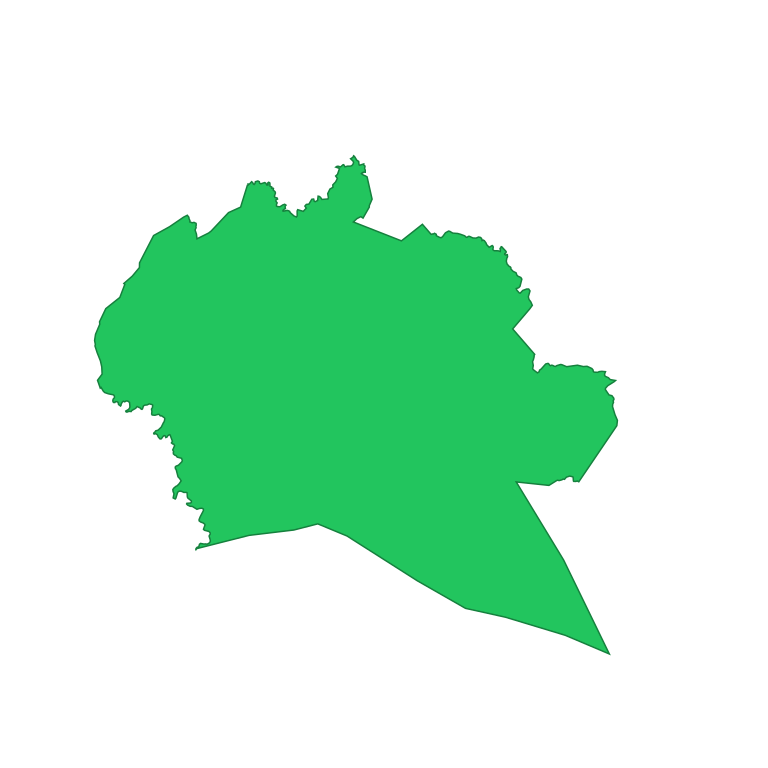 outline of San Agustín Loxicha, Oaxaca, Mexico, rotated 286°
{"feature_id": "50627088B42356664126835", "entity_name": "San Agustín Loxicha", "entity_type": "district", "adm_level": 2, "iso_a3": "MEX", "parent_name": "Mexico", "parent_adm1": "Oaxaca", "projection": "orthographic", "projection_center": [-96.596, 15.968], "detail": "fine", "context": "isolated", "style": "filled", "palette": "green", "viewbox_px": 768, "rotation_deg": 286, "n_neighbors": 0, "source": "geoboundaries", "source_scale": "gbopen_adm2", "svg_char_len": 6163}
<svg xmlns="http://www.w3.org/2000/svg" viewBox="0 0 768 768"><g transform="rotate(286 384 384)"><path d="M451.2,605.6L450.6,600.2L451.9,598.0L452.3,595.0L452.9,593.8L454.5,593.3L456.9,593.5L456.2,589.8L455.2,587.4L454.2,586.4L453.3,582.8L453.7,581.8L455.2,581.0L456.2,579.5L457.0,574.3L455.7,570.8L455.4,564.8L451.0,554.8L451.6,549.5L451.4,548.3L449.3,545.0L448.2,544.1L448.0,542.8L448.4,541.0L448.2,539.7L447.5,539.0L447.6,538.2L449.0,536.5L448.9,535.7L447.8,533.9L441.6,530.9L440.2,529.7L438.6,529.8L437.0,528.4L439.0,523.4L439.7,522.7L442.9,522.4L446.5,520.6L448.5,520.9L451.5,520.8L452.9,520.4L454.0,520.7L472.4,492.5L496.4,503.4L500.5,504.9L503.5,502.4L505.2,500.1L507.6,498.7L513.7,498.7L515.2,496.9L514.6,494.9L512.2,491.6L508.9,489.9L508.8,489.0L510.8,485.8L512.2,484.8L513.6,486.9L515.3,487.8L522.8,487.6L524.1,486.2L524.6,482.9L525.2,481.8L527.3,480.3L527.9,477.0L529.5,474.3L530.6,474.0L531.3,473.3L531.7,471.6L533.4,469.1L535.8,467.7L538.7,467.4L540.4,467.7L542.3,466.9L541.5,465.3L541.8,464.3L542.7,464.1L543.4,464.9L544.6,465.1L545.2,464.6L548.4,459.3L548.3,458.8L546.5,458.6L546.3,458.2L544.3,459.1L543.4,459.2L543.5,457.0L542.5,453.2L542.9,452.0L543.4,451.5L545.2,451.4L546.4,450.9L546.9,449.8L544.4,447.4L546.3,444.2L547.6,443.3L549.4,441.0L549.7,439.8L548.9,438.7L550.0,438.3L551.0,437.4L551.5,436.2L551.3,434.3L549.6,432.3L548.9,429.2L549.5,425.4L549.2,424.5L547.9,423.4L547.7,422.7L548.7,420.7L549.0,416.5L549.0,413.3L548.0,408.5L548.9,405.1L548.8,403.9L546.3,401.4L541.7,399.7L540.3,398.5L540.3,396.7L541.0,393.4L542.3,393.0L542.8,391.0L541.7,390.0L541.6,389.2L540.8,388.1L548.1,376.9L526.4,361.3L531.3,309.9L535.5,312.4L538.5,315.6L537.7,318.1L550.0,321.1L551.4,320.7L558.4,321.6L578.5,310.6L579.1,307.8L579.0,307.0L580.0,304.3L581.3,305.0L581.3,305.6L582.0,305.9L582.4,307.6L584.5,307.0L585.6,306.0L588.2,305.7L588.8,304.3L590.0,303.9L587.6,300.3L587.8,299.6L591.0,298.3L591.6,296.2L594.6,292.9L595.0,291.9L593.3,291.6L591.3,289.8L589.7,292.8L588.6,293.7L586.7,293.6L585.1,292.9L584.1,291.6L583.3,288.8L582.0,286.6L583.7,284.8L583.5,284.2L580.7,282.4L580.7,279.8L580.1,278.6L579.2,277.9L579.0,281.2L578.6,281.8L572.7,281.5L570.6,280.2L568.8,282.5L564.9,281.8L561.3,279.9L559.0,280.7L556.5,278.3L551.5,277.4L547.8,279.2L546.4,279.1L544.3,273.4L545.9,271.6L546.5,270.0L546.4,268.9L542.1,269.6L540.3,267.6L540.4,266.6L542.4,265.4L541.7,263.7L536.2,262.2L535.2,259.8L533.2,258.9L531.6,260.8L527.7,258.8L527.8,253.0L526.4,252.8L521.7,254.2L520.4,253.8L520.7,251.2L522.8,246.8L524.0,245.6L524.2,244.6L524.2,243.2L522.3,239.4L523.0,239.0L525.0,240.2L525.4,240.9L527.5,239.9L528.9,240.5L529.4,239.0L528.3,237.4L525.7,235.1L525.2,232.7L525.3,231.7L527.2,231.1L528.6,231.4L530.0,229.6L531.3,229.5L532.4,230.7L533.3,230.1L533.3,227.8L534.3,226.9L537.7,227.0L538.8,226.3L539.9,224.0L541.4,223.9L541.7,223.3L541.3,222.1L542.4,221.8L542.8,219.8L545.0,219.2L546.0,218.6L546.1,217.4L545.1,216.8L543.5,217.7L542.9,216.7L544.3,215.2L544.8,213.9L542.5,210.4L542.7,209.1L544.1,208.4L544.4,206.8L543.0,204.6L541.2,204.7L540.0,204.2L540.1,203.5L541.5,202.1L542.0,201.0L539.0,199.5L538.8,198.2L537.8,198.6L537.4,197.9L514.5,197.4L505.9,187.3L483.4,175.7L480.8,173.8L472.0,164.2L476.4,162.4L480.0,159.9L482.4,160.3L483.7,159.7L485.0,159.7L486.6,159.1L487.0,156.8L486.1,155.2L486.3,152.6L487.4,152.5L489.5,150.8L490.5,150.5L492.0,148.4L489.2,145.4L476.2,134.6L463.2,121.6L433.1,115.6L428.5,116.8L418.3,112.3L408.9,106.2L408.3,107.4L394.4,106.2L379.8,95.8L365.4,93.4L363.1,94.3L352.3,93.0L346.1,93.8L342.5,95.6L340.9,95.7L335.1,99.6L328.1,105.0L322.6,108.0L315.8,110.3L308.6,107.6L301.8,112.4L302.7,113.0L299.7,116.2L298.8,117.9L298.6,121.8L299.0,126.9L298.5,127.8L297.5,128.4L296.4,128.6L294.8,127.8L293.3,127.9L292.2,128.4L291.7,129.2L292.0,130.4L293.0,130.7L293.4,132.3L293.0,133.5L291.1,134.5L290.2,136.8L290.9,137.1L291.7,136.9L294.2,137.3L295.6,138.1L295.4,139.7L296.7,140.9L296.9,142.6L296.1,144.5L292.5,145.9L291.1,146.1L289.2,145.5L286.8,143.2L286.2,143.6L286.1,144.6L287.4,146.4L287.8,148.5L289.0,148.9L292.2,152.0L294.3,152.9L293.7,156.4L292.9,157.5L292.9,158.3L293.5,158.7L296.6,158.8L297.7,159.8L298.6,162.1L300.2,163.8L300.3,166.6L299.9,167.5L297.5,167.9L295.8,167.4L293.5,168.5L291.1,168.9L290.3,169.7L290.8,172.4L292.6,175.3L292.8,176.3L291.7,177.7L292.1,179.0L291.0,182.2L290.2,182.9L287.2,183.1L286.3,182.7L281.2,181.8L277.4,179.6L276.0,177.4L274.8,177.1L273.7,176.3L272.8,176.3L272.5,176.8L273.3,178.3L272.8,180.1L271.0,181.5L269.5,183.7L269.6,184.4L270.0,185.1L272.6,186.0L273.8,186.8L273.8,188.0L272.4,189.0L273.1,190.0L274.8,190.5L276.2,191.8L276.1,192.4L270.6,196.4L268.8,195.9L268.1,197.4L268.3,198.4L267.0,199.7L262.4,199.1L261.1,200.4L259.8,200.4L258.7,200.9L257.9,202.7L257.8,204.0L256.7,205.4L256.8,209.9L254.8,211.2L253.7,211.2L249.3,208.8L247.7,206.7L246.6,206.2L245.0,206.9L244.6,207.7L238.0,211.6L236.8,213.6L235.0,215.7L231.7,214.6L229.1,213.2L228.4,212.3L226.3,210.8L224.4,210.1L222.5,210.9L220.6,212.4L216.4,212.7L215.9,215.0L216.9,215.4L222.9,215.5L224.0,216.1L224.8,217.3L225.0,219.0L224.6,221.5L225.3,223.7L225.2,224.7L221.2,226.1L220.2,227.0L218.6,231.0L217.4,231.4L216.3,231.0L215.0,227.4L214.3,227.3L213.5,228.5L213.0,231.3L213.5,233.5L212.0,238.7L213.5,240.9L214.4,243.2L214.1,244.8L212.5,245.3L205.7,243.9L202.7,243.6L201.5,244.0L200.8,245.8L200.6,248.4L199.9,250.2L199.2,250.8L194.6,250.5L193.9,251.7L194.0,256.0L193.7,257.0L192.9,258.0L191.6,258.3L190.2,257.8L189.4,257.9L186.3,259.9L185.0,260.4L183.3,260.1L181.2,258.1L181.2,256.9L180.5,255.0L180.2,251.6L179.1,250.8L176.2,250.8L175.7,249.5L174.7,248.9L173.4,248.6L173.0,248.9L174.1,249.3L201.3,296.0L218.8,337.6L231.3,358.9L227.7,390.3L204.0,470.3L190.8,524.2L193.3,564.9L192.4,627.3L186.6,675.0L264.3,605.2L326.3,538.1L332.0,570.5L338.9,576.7L339.4,577.5L339.4,578.9L340.9,581.4L342.0,582.4L342.1,583.8L344.7,585.0L346.7,587.9L346.8,591.0L346.5,591.5L343.0,592.8L342.7,593.2L343.2,595.3L344.0,596.4L343.7,598.2L408.1,619.3L413.4,618.4L418.3,614.4L425.3,609.9L427.8,609.4L429.5,609.7L431.0,608.9L432.4,609.3L433.7,608.8L435.6,606.3L435.5,603.3L439.7,598.3L441.0,598.1L444.1,599.6L449.9,604.8L451.2,605.6Z" fill="#22c55e" stroke="#15803d" stroke-width="1.5"/></g></svg>